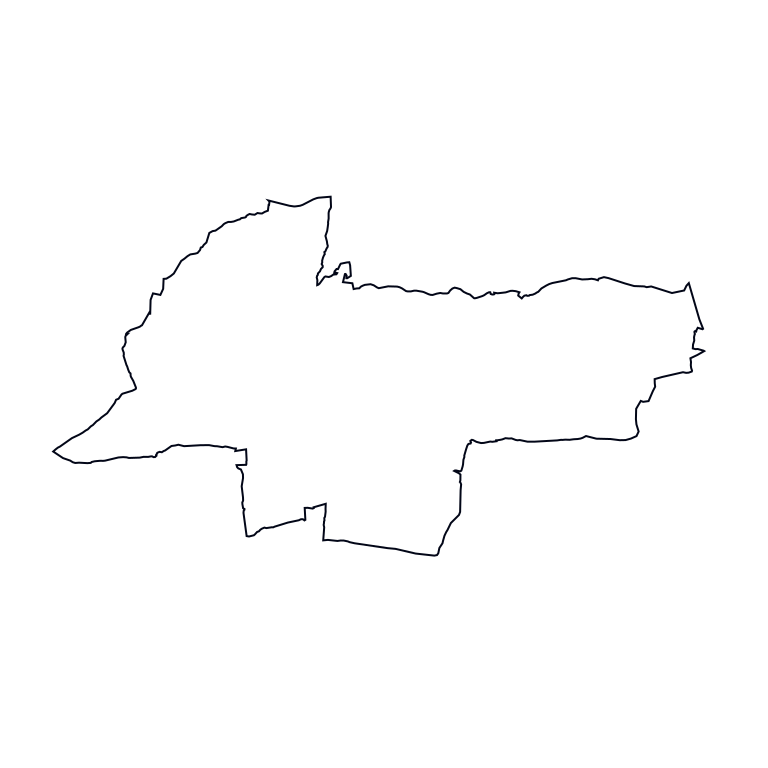 outline of Greci, Mehedinti, Romania, rotated 17°
{"feature_id": "2599482B189071203417", "entity_name": "Greci", "entity_type": "district", "adm_level": 2, "iso_a3": "ROU", "parent_name": "Romania", "parent_adm1": "Mehedinti", "projection": "orthographic", "projection_center": [23.11, 44.567], "detail": "fine", "context": "isolated", "style": "outline", "palette": "ink", "viewbox_px": 768, "rotation_deg": 17, "n_neighbors": 0, "source": "geoboundaries", "source_scale": "gbopen_adm2", "svg_char_len": 6160}
<svg xmlns="http://www.w3.org/2000/svg" viewBox="0 0 768 768"><g transform="rotate(17 384 384)"><path d="M640.7,360.0L641.4,355.0L637.2,348.8L635.2,344.0L632.4,334.0L634.5,325.1L637.0,325.3L642.0,323.0L643.2,312.2L644.1,307.3L642.7,304.1L641.4,300.2L647.9,296.0L666.5,285.3L669.7,285.0L672.0,284.1L674.7,282.1L674.7,281.2L673.0,278.8L671.9,276.3L671.2,273.3L669.5,269.8L675.1,264.7L680.6,258.9L679.9,258.7L673.8,258.8L671.7,259.6L668.9,259.7L668.0,255.9L668.0,251.8L666.8,248.6L666.6,246.3L666.7,245.3L665.9,244.1L665.6,243.1L666.1,242.4L667.2,242.5L667.1,241.0L667.6,238.5L672.6,238.5L673.0,237.9L666.7,230.0L646.0,198.4L644.5,201.6L643.7,206.8L632.8,212.8L611.0,212.6L606.9,214.6L604.3,214.6L594.6,217.2L585.1,217.4L567.7,217.1L563.1,217.5L558.5,220.6L558.3,222.3L555.1,222.2L551.7,222.7L548.3,224.2L542.9,226.1L536.2,226.8L533.0,227.8L529.2,230.3L527.7,231.6L515.5,238.2L512.8,240.1L510.4,242.4L506.6,246.6L504.6,250.7L503.1,252.1L502.4,253.1L500.1,255.1L497.3,256.4L496.8,257.2L495.1,257.8L494.2,257.5L492.4,258.5L491.5,260.0L490.7,261.9L486.5,260.2L486.3,258.1L486.7,256.7L482.9,256.7L479.6,257.3L477.7,258.0L473.6,260.8L471.1,261.9L466.2,264.0L462.7,264.5L463.3,265.6L462.9,266.2L461.3,266.8L459.7,266.7L458.8,265.2L457.7,265.5L455.8,267.2L453.9,269.7L452.4,271.1L447.6,274.5L445.8,275.5L445.0,275.6L440.0,273.3L436.9,273.2L433.2,272.6L429.4,271.0L425.8,271.0L423.4,271.2L421.5,272.7L419.9,275.3L419.0,278.1L417.8,279.0L413.8,280.2L411.2,280.5L408.0,282.2L404.5,284.6L402.6,285.1L400.4,285.1L395.4,284.5L393.9,284.5L387.6,285.3L385.4,286.0L382.6,287.6L379.7,288.5L377.9,288.7L373.3,287.3L370.6,286.9L368.1,287.0L359.4,289.4L351.0,293.9L349.2,293.7L345.3,292.6L342.0,292.5L336.7,294.8L334.8,296.3L333.4,297.7L332.4,299.7L329.7,300.7L327.2,302.1L324.3,296.9L315.0,298.6L314.5,290.3L315.1,290.0L316.6,291.3L317.1,293.8L317.9,293.6L320.7,290.3L316.9,280.4L315.2,277.7L313.0,278.6L307.5,281.6L307.2,282.4L306.4,287.6L305.0,287.9L303.8,290.7L303.9,292.0L305.6,291.6L306.8,291.6L306.4,293.0L303.5,294.2L301.9,296.3L300.0,297.8L296.5,298.3L295.7,299.2L293.1,306.7L292.2,308.2L291.2,309.0L289.9,304.1L288.5,301.8L288.4,300.0L288.8,299.0L288.5,297.6L289.8,295.0L290.1,292.4L291.2,290.3L290.9,289.0L289.3,287.5L289.4,285.8L288.8,284.2L288.7,280.9L289.0,278.4L289.4,277.2L288.4,275.3L289.1,274.5L289.5,271.1L290.0,269.5L289.8,268.2L288.8,266.7L287.7,264.3L284.7,259.5L284.9,254.3L284.3,250.3L283.7,246.9L283.2,245.7L282.7,242.0L281.1,236.9L280.9,235.7L280.9,233.6L281.5,231.8L281.6,230.3L278.2,220.5L266.7,225.1L265.3,225.9L262.4,228.1L253.9,236.4L251.6,238.1L247.7,239.9L246.1,240.5L241.5,241.2L219.8,242.3L221.2,243.1L221.7,246.4L221.3,246.5L222.3,252.2L219.6,254.3L217.5,256.6L215.6,257.1L213.0,257.5L210.9,259.9L208.1,260.5L205.8,260.7L204.6,261.8L203.3,263.4L203.1,264.7L202.4,265.4L199.0,267.1L198.0,268.7L196.6,269.5L192.8,272.5L190.4,273.7L187.6,274.6L185.2,276.6L184.0,278.0L182.7,280.6L178.0,286.6L175.4,287.9L172.8,290.6L172.8,300.6L171.0,303.6L170.3,306.1L168.9,307.1L168.9,309.7L167.4,313.2L165.4,314.5L160.9,316.7L158.7,319.2L156.6,322.4L154.1,325.6L150.7,339.8L148.3,343.3L145.1,346.9L142.5,347.9L145.0,357.6L144.1,364.2L136.6,364.9L136.2,371.8L140.1,386.0L138.8,383.7L135.4,398.6L134.9,399.0L133.8,400.5L132.5,401.6L126.1,406.3L123.3,410.0L122.7,411.6L122.7,411.9L123.0,412.1L123.9,411.6L122.9,413.4L122.8,414.3L123.0,415.2L124.8,419.6L124.6,423.5L123.6,425.4L123.5,426.5L124.0,427.6L125.9,430.0L126.6,431.9L126.7,433.2L132.2,441.2L133.2,442.2L135.2,445.1L137.0,447.3L138.5,448.0L139.3,450.2L139.9,451.1L143.3,454.3L147.8,459.9L148.1,460.9L147.9,461.5L145.3,464.0L136.7,469.8L136.0,470.9L134.5,475.7L132.4,477.4L132.0,480.9L127.8,492.9L123.5,498.7L122.1,501.2L119.9,503.9L117.6,508.4L116.1,510.1L114.0,514.0L112.3,515.7L110.1,518.6L107.3,521.6L101.4,527.0L92.3,538.7L90.8,540.1L89.1,542.5L87.4,545.3L98.7,548.7L106.4,549.0L109.2,549.8L111.8,549.8L115.4,548.4L123.5,546.4L126.6,545.2L127.2,544.1L129.9,542.5L134.8,540.5L137.9,539.6L139.6,538.9L151.5,531.9L155.9,530.2L159.3,529.4L161.7,529.3L172.0,525.8L175.5,523.9L179.7,522.7L182.2,521.4L183.3,521.0L185.0,521.3L186.4,520.8L187.1,519.6L186.9,519.6L186.8,518.2L187.3,517.1L187.2,516.4L187.6,515.8L189.2,514.5L191.5,514.2L192.9,512.5L194.1,511.6L198.9,505.4L202.4,503.8L205.1,502.2L211.0,501.9L226.1,496.3L234.5,493.6L240.0,493.0L242.7,492.3L248.1,491.6L250.4,490.2L252.5,489.9L259.0,489.6L261.2,489.0L261.4,491.6L271.2,486.8L275.0,497.3L275.0,498.3L275.8,500.8L275.8,501.6L266.7,504.7L267.9,506.5L269.3,507.3L272.2,507.6L275.5,511.6L276.7,515.2L277.8,523.4L282.3,533.6L283.3,536.5L283.3,537.6L283.1,538.6L283.7,540.3L285.6,544.0L287.1,544.3L287.3,545.1L286.9,545.8L286.9,546.3L287.3,548.3L297.1,569.6L299.5,569.3L303.8,566.7L304.5,565.6L305.9,562.6L307.5,561.4L308.3,559.6L309.4,558.2L311.6,556.3L313.6,556.2L318.6,553.8L319.9,553.5L321.1,552.4L332.6,544.6L342.4,539.2L344.0,537.7L345.2,537.2L346.4,537.1L347.8,537.7L348.5,536.9L344.4,525.7L347.2,524.7L352.2,524.0L353.1,523.2L352.7,522.5L363.3,515.6L364.6,520.5L365.5,523.1L366.4,528.2L366.1,529.6L367.0,532.1L366.8,532.8L367.3,534.8L367.5,536.4L368.7,538.5L371.6,551.3L375.9,549.5L385.4,547.7L388.4,546.3L391.1,545.5L395.4,545.1L397.4,545.3L402.5,544.9L435.5,539.9L443.2,538.3L463.8,536.9L482.3,533.4L484.7,532.1L485.4,530.0L484.9,524.6L486.5,519.2L486.3,516.5L486.2,511.4L486.8,507.3L487.4,505.1L488.6,497.4L494.0,487.3L494.2,484.1L488.3,463.1L487.1,457.4L485.7,455.7L485.2,455.5L485.2,453.8L483.6,448.3L482.2,447.6L480.9,447.3L476.5,446.6L476.9,446.1L478.1,445.6L481.2,445.4L482.6,445.1L483.3,444.2L483.3,439.9L483.1,437.8L482.1,433.2L482.2,430.3L481.7,429.0L481.6,422.4L481.7,418.4L482.3,416.6L484.2,415.6L484.3,414.4L483.5,413.7L483.2,413.1L484.3,411.7L485.6,411.6L489.3,412.3L494.1,412.1L496.8,411.1L502.4,408.0L504.5,407.6L508.4,405.8L508.2,405.4L506.8,405.0L508.2,405.0L511.7,403.3L513.3,402.4L516.0,400.3L519.5,399.6L521.9,398.7L526.3,399.0L528.1,398.8L530.2,397.9L538.0,397.2L545.2,395.0L566.1,387.3L569.7,385.6L570.7,385.4L573.7,384.2L577.8,383.1L581.5,381.4L585.3,380.0L587.9,378.7L589.7,377.4L592.4,374.7L603.1,374.2L616.7,370.4L625.9,368.8L631.4,367.0L636.1,364.0L640.7,360.0Z" fill="none" stroke="#020617" stroke-width="2"/></g></svg>